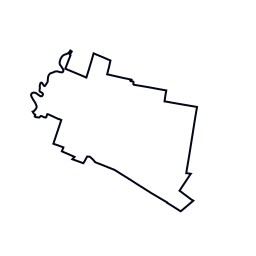 Platonesti, Ialomita, Romania (Mercator projection), rotated 309°
{"feature_id": "2599482B5034818098207", "entity_name": "Platonesti", "entity_type": "district", "adm_level": 2, "iso_a3": "ROU", "parent_name": "Romania", "parent_adm1": "Ialomita", "projection": "mercator", "projection_center": [27.7, 44.591], "detail": "fine", "context": "isolated", "style": "outline", "palette": "ink", "viewbox_px": 256, "rotation_deg": 309, "n_neighbors": 0, "source": "geoboundaries", "source_scale": "gbopen_adm2", "svg_char_len": 2932}
<svg xmlns="http://www.w3.org/2000/svg" viewBox="0 0 256 256"><g transform="rotate(309 128 128)"><path d="M98.5,221.8L112.6,224.5L112.3,222.3L112.2,220.7L112.1,217.2L112.0,215.3L111.9,212.7L111.9,211.3L111.7,207.5L131.7,205.6L131.9,205.6L131.5,205.0L131.2,204.4L130.2,202.7L129.7,201.8L129.6,201.7L133.2,199.6L144.4,193.3L159.3,184.7L178.0,173.9L187.8,168.4L179.3,153.3L171.7,139.6L174.1,138.2L175.1,137.6L176.2,136.9L176.5,136.8L176.6,136.7L176.9,136.5L179.1,135.3L180.6,134.5L181.3,134.1L177.4,127.1L173.5,119.9L170.6,114.7L167.2,108.7L165.6,105.9L165.4,105.7L165.3,104.7L165.5,104.5L165.7,104.3L166.0,104.2L166.4,104.0L166.6,103.9L166.7,103.7L166.9,103.5L167.1,103.3L167.3,103.0L167.3,102.8L167.3,102.7L166.8,101.8L166.6,101.3L166.2,100.7L166.1,100.3L166.2,100.1L166.3,99.9L166.6,99.9L167.0,100.2L167.3,100.5L167.6,100.6L167.8,100.5L167.8,100.3L164.2,93.4L156.6,78.0L161.8,75.6L163.0,75.1L169.4,71.9L167.9,66.6L167.3,64.3L165.0,56.6L164.5,54.6L164.4,54.3L157.6,57.2L147.3,61.4L141.0,63.9L138.6,55.5L134.6,42.0L142.8,39.3L148.3,37.6L148.5,37.3L148.4,36.6L148.4,36.4L148.5,36.3L149.3,36.3L149.8,36.4L151.4,36.3L152.1,36.1L152.1,35.9L152.0,35.1L151.9,34.5L151.9,34.4L151.7,34.4L151.4,34.5L150.4,34.6L150.0,34.6L148.3,34.3L146.9,33.7L146.1,33.2L145.0,32.5L143.8,32.0L142.8,31.8L141.5,31.8L140.6,31.9L139.0,32.2L137.4,32.9L136.4,33.3L135.3,34.1L134.5,35.1L133.1,39.8L132.4,41.2L131.6,41.9L130.7,42.1L130.1,42.0L129.5,41.4L128.4,39.6L128.0,38.5L127.7,37.7L126.5,36.2L125.4,35.5L123.9,34.7L123.2,34.3L122.5,33.8L121.3,33.2L120.2,33.1L119.3,33.2L118.6,33.3L117.1,33.9L113.6,36.3L112.8,36.6L111.6,36.7L110.2,36.8L108.7,37.0L108.3,36.9L108.0,36.7L108.0,36.1L108.1,35.6L108.2,35.0L108.5,34.2L108.8,33.5L108.9,32.8L108.9,32.4L108.7,32.1L108.3,31.8L107.9,31.7L106.4,32.3L105.4,32.7L103.9,34.1L103.1,34.7L102.3,35.1L101.2,35.8L100.8,36.5L101.0,38.0L101.3,39.1L101.1,40.1L100.5,40.8L99.6,41.1L98.6,41.1L97.6,40.0L97.4,37.9L97.3,35.3L97.2,34.3L96.8,33.4L96.0,32.2L94.6,31.5L93.4,31.5L92.5,32.0L91.7,33.2L90.2,36.8L89.3,39.9L87.8,42.7L87.3,43.4L86.4,44.0L85.5,44.3L84.2,44.4L82.0,44.3L80.7,43.6L80.0,45.5L79.9,46.0L79.9,47.5L79.8,47.8L78.9,47.9L78.3,48.2L78.3,48.6L78.4,49.4L78.7,50.0L80.1,52.1L80.3,52.4L80.9,52.5L82.1,52.6L82.4,52.6L82.8,53.1L83.6,56.1L84.2,57.3L84.6,57.6L84.9,57.7L85.8,57.3L86.4,57.1L86.8,57.0L87.3,56.8L88.0,56.6L88.4,57.4L88.7,58.3L89.9,63.0L90.4,65.1L91.3,68.7L91.7,69.0L91.8,69.5L91.9,69.9L92.0,70.4L92.2,71.1L91.3,71.5L72.0,78.7L69.9,79.5L69.3,79.7L68.8,79.9L69.6,82.2L70.6,84.9L72.3,90.0L68.2,91.3L70.1,97.9L71.9,104.6L68.7,104.4L72.5,115.4L74.2,115.3L76.3,114.9L80.1,114.2L81.0,115.5L81.6,116.3L81.6,117.8L81.4,120.9L81.1,122.2L81.0,123.2L80.8,123.4L80.8,123.8L80.8,124.2L83.3,132.0L86.9,143.7L87.0,143.9L87.3,146.5L88.1,153.2L89.3,162.9L89.7,166.7L90.3,172.2L91.0,177.8L92.1,187.3L93.1,193.9L94.8,205.4L94.5,205.5L94.9,208.7L96.4,221.3L97.1,221.5L98.5,221.8Z" fill="none" stroke="#020617" stroke-width="2"/></g></svg>